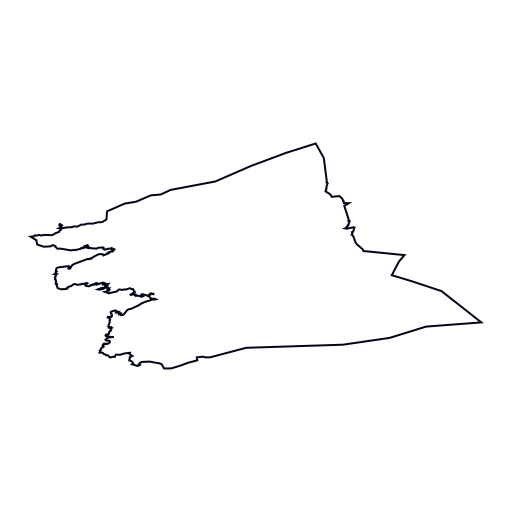 Steinkjer nor, Nord-Trøndelag, Norway
{"feature_id": "86288312B13820537707867", "entity_name": "Steinkjer nor", "entity_type": "district", "adm_level": 2, "iso_a3": "NOR", "parent_name": "Norway", "parent_adm1": "Nord-Trøndelag", "projection": "natural_earth1", "projection_center": [11.508, 64.096], "detail": "fine", "context": "isolated", "style": "outline", "palette": "ink", "viewbox_px": 512, "rotation_deg": 0, "n_neighbors": 0, "source": "geoboundaries", "source_scale": "gbopen_adm2", "svg_char_len": 5968}
<svg xmlns="http://www.w3.org/2000/svg" viewBox="0 0 512 512"><path d="M481.3,322.4L441.5,291.1L411.7,281.2L391.8,275.2L399.0,261.5L404.5,255.1L363.3,251.0L362.9,249.5L356.9,244.3L355.4,242.2L353.7,237.3L352.4,234.9L351.6,234.7L352.4,233.1L352.0,232.2L352.9,231.9L353.4,231.0L354.0,228.8L353.7,227.7L354.2,227.4L353.8,227.2L346.6,228.7L345.2,228.4L346.5,227.9L347.1,227.0L346.8,226.9L347.7,225.8L347.6,225.5L348.4,225.2L348.6,224.6L348.4,224.3L349.4,222.3L349.2,222.0L349.6,221.1L348.4,220.8L348.8,220.0L344.3,205.9L348.9,203.2L344.0,203.1L344.1,202.3L343.2,201.3L343.4,201.0L343.0,200.7L342.5,198.9L339.4,196.1L331.7,196.8L330.9,195.2L329.8,194.0L325.5,191.4L325.7,190.3L326.3,189.6L326.1,189.1L326.6,187.8L326.4,187.3L327.0,184.7L327.7,183.3L326.5,182.4L326.8,181.4L323.8,158.0L315.7,143.5L286.2,152.8L251.1,165.9L215.2,181.5L170.6,189.9L160.7,194.5L150.7,195.4L136.1,201.7L124.7,203.6L107.1,211.3L106.4,219.5L102.2,222.1L97.9,222.3L92.9,223.6L87.5,223.6L84.1,224.6L81.4,224.6L77.3,226.6L73.5,226.4L72.3,227.1L66.2,227.5L62.5,228.3L61.5,227.2L61.5,226.1L62.1,225.4L59.8,224.0L59.2,225.1L60.0,226.0L60.7,225.9L60.6,226.4L61.1,227.2L59.3,228.0L59.8,228.3L59.5,228.4L61.0,228.7L60.6,229.2L60.8,230.1L59.7,230.6L58.9,232.0L55.5,233.2L53.0,234.8L50.8,235.2L45.0,234.9L40.8,235.5L39.0,234.9L36.3,235.7L34.9,235.3L34.5,235.9L33.1,236.5L30.7,236.7L36.3,240.2L37.2,244.5L43.6,246.7L50.1,246.4L52.9,245.1L55.4,246.1L55.3,246.7L57.5,248.7L60.4,248.6L70.4,250.3L71.9,250.3L74.1,249.8L75.0,250.1L80.4,248.9L81.4,248.3L81.4,248.0L82.7,248.3L83.1,247.4L84.0,247.0L84.5,247.7L85.0,247.6L85.9,247.1L85.5,246.7L86.3,246.2L86.3,245.6L87.4,245.2L87.9,244.4L87.7,245.6L86.4,245.8L88.3,246.7L87.4,247.6L87.4,247.9L88.4,248.2L91.1,248.0L92.0,248.4L95.7,248.5L96.9,248.9L96.5,248.6L98.3,247.8L102.8,247.4L103.8,248.0L103.9,249.0L103.7,249.1L104.8,249.7L109.2,248.5L111.9,248.5L112.0,248.2L113.3,249.3L115.4,249.2L113.8,249.6L111.4,249.3L111.8,250.1L113.2,250.6L113.3,251.0L112.5,251.6L110.8,251.6L107.9,252.6L106.6,253.8L107.2,253.9L103.9,255.2L104.0,254.8L103.6,254.5L102.7,254.6L101.7,254.1L98.7,254.2L94.0,256.6L91.1,258.4L90.9,258.8L90.3,258.4L89.1,259.2L88.2,258.9L86.4,259.4L74.1,264.0L71.8,265.5L71.0,267.2L69.7,268.8L68.4,268.4L69.4,266.6L68.8,266.1L58.2,267.4L56.4,268.3L55.9,270.8L56.6,271.5L55.6,272.0L55.5,272.5L56.3,273.5L56.3,274.0L55.1,273.9L54.9,274.0L56.3,274.1L56.0,274.3L56.2,274.6L55.5,274.8L55.7,276.5L54.9,277.3L55.4,278.5L55.0,279.5L55.9,280.2L55.8,281.2L56.2,281.5L55.6,283.6L57.0,284.1L56.6,285.3L57.7,288.2L61.6,289.4L63.5,289.0L65.9,289.1L67.1,288.8L68.0,287.5L67.7,287.4L68.5,286.8L71.1,286.1L73.2,284.5L74.6,284.0L77.3,284.8L81.0,284.4L81.9,283.7L83.4,284.1L86.5,282.9L87.4,283.3L85.8,284.6L85.5,285.6L86.3,286.0L88.7,286.3L89.7,286.1L90.6,285.1L91.1,285.3L91.6,284.8L92.5,284.8L91.8,285.3L92.7,285.0L93.6,285.2L93.0,284.8L93.1,284.4L94.6,284.6L94.9,284.3L93.6,284.3L96.1,283.1L97.3,283.3L97.0,283.9L95.9,284.5L96.4,284.7L102.6,282.7L103.8,282.7L104.2,283.1L103.3,283.5L104.5,283.3L104.8,283.6L102.1,284.6L102.5,284.6L102.1,284.9L105.1,283.7L105.1,284.0L105.5,283.7L106.1,283.9L105.1,284.3L106.8,284.1L107.1,284.4L108.2,284.1L107.6,284.9L105.1,286.1L105.3,286.6L106.6,286.6L106.8,287.2L100.9,288.2L97.8,289.4L99.1,289.7L100.3,289.2L101.6,289.4L103.7,288.7L104.6,287.8L108.0,287.3L108.1,287.6L107.0,288.2L107.6,288.7L108.8,288.5L108.1,289.3L109.4,289.3L109.6,289.7L109.0,290.5L107.1,291.4L104.9,291.9L105.9,292.3L107.1,292.0L107.9,293.1L108.4,293.3L116.7,291.5L118.9,289.5L122.3,289.9L124.1,289.4L125.7,289.6L129.9,288.2L131.7,289.2L133.9,288.9L132.2,289.2L133.8,290.3L134.0,291.1L134.9,292.0L129.8,295.0L133.9,294.4L134.4,294.8L134.3,294.4L135.3,294.4L136.0,294.8L136.4,295.9L137.8,295.6L141.5,296.7L142.9,296.3L141.3,294.9L141.4,294.5L142.6,294.1L144.5,294.9L145.4,294.9L147.7,295.9L150.0,293.8L150.7,293.5L151.7,293.4L152.3,293.8L153.7,293.8L154.2,293.9L153.0,294.1L154.5,294.2L150.7,294.1L148.8,296.1L150.6,298.2L150.0,298.5L151.4,298.4L152.2,298.8L154.0,298.6L155.7,299.3L154.7,299.5L154.8,299.0L153.8,298.9L152.6,299.6L145.7,301.7L141.1,303.6L139.6,304.8L131.2,308.8L128.5,309.3L126.9,310.5L124.0,314.2L122.6,315.1L120.9,315.2L120.3,314.6L120.7,314.0L118.9,314.4L118.7,313.6L119.4,313.0L117.3,312.7L118.3,312.1L117.5,312.3L117.9,312.0L116.6,312.1L117.2,311.5L115.9,311.0L116.8,310.7L114.9,310.5L110.9,311.7L110.7,312.9L111.7,314.0L111.5,314.4L112.0,315.3L111.6,315.7L111.1,315.5L110.9,315.5L111.5,315.8L111.3,316.2L111.6,316.7L111.2,317.0L110.5,316.6L107.8,317.4L107.8,316.7L107.6,316.6L107.4,316.6L107.7,316.7L107.7,317.5L108.6,317.7L109.7,318.6L109.9,319.2L109.7,319.8L110.0,319.9L109.6,320.6L109.7,322.5L108.6,325.0L109.0,326.7L108.7,326.8L109.2,327.1L109.0,327.7L109.6,327.8L111.1,327.1L112.0,327.8L110.8,328.8L110.7,329.7L111.2,330.2L111.0,330.6L109.8,331.0L109.7,331.6L109.0,332.2L109.1,333.5L108.3,334.3L106.1,334.5L105.5,335.6L105.8,336.0L108.2,336.2L108.6,336.5L107.9,337.0L108.3,337.2L109.5,336.8L110.5,336.8L111.3,337.2L112.1,336.9L113.8,337.0L111.3,337.3L109.4,337.0L108.8,337.7L107.5,338.0L105.5,339.5L105.6,340.0L106.5,340.5L109.7,340.9L109.8,342.4L108.2,343.7L106.4,343.7L106.6,343.9L106.0,344.2L104.0,343.8L103.9,344.2L103.2,344.3L102.7,345.2L102.9,345.5L102.7,346.0L103.6,346.2L103.7,346.7L100.9,348.5L100.8,350.2L99.7,350.7L100.1,351.8L99.6,352.6L102.7,352.7L103.6,353.8L102.9,354.1L103.7,353.8L103.0,354.2L103.8,354.0L105.8,354.7L106.1,355.2L107.9,355.4L110.1,357.5L112.7,356.8L115.0,356.8L115.1,355.7L116.0,354.6L119.9,354.8L124.7,353.4L130.0,352.8L129.6,354.2L132.3,355.9L130.8,356.4L129.9,357.1L130.3,357.4L129.8,357.9L129.7,359.1L129.3,359.6L129.2,360.4L131.7,361.3L133.2,363.3L132.0,364.3L137.8,366.0L140.0,364.8L139.0,364.0L139.8,363.3L140.0,362.7L142.3,361.9L149.8,361.6L157.0,363.0L158.8,363.1L161.6,364.2L164.1,368.5L171.2,368.4L179.5,365.9L187.7,362.9L197.3,360.3L196.8,357.3L203.0,356.7L205.1,357.3L210.2,357.3L246.2,347.8L342.9,344.7L389.6,337.9L426.1,326.6L481.3,322.4Z" fill="none" stroke="#020617" stroke-width="2"/></svg>